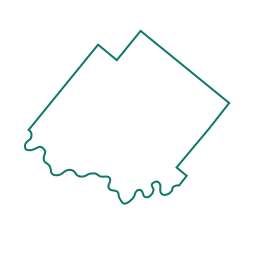 Burt, Nebraska, United States of America (Robinson projection), rotated 129°
{"feature_id": "52423323B77743332885702", "entity_name": "Burt", "entity_type": "district", "adm_level": 2, "iso_a3": "USA", "parent_name": "United States of America", "parent_adm1": "Nebraska", "projection": "robinson", "projection_center": [-96.168, 41.865], "detail": "fine", "context": "isolated", "style": "outline", "palette": "teal", "viewbox_px": 256, "rotation_deg": 129, "n_neighbors": 0, "source": "geoboundaries", "source_scale": "gbopen_adm2", "svg_char_len": 1731}
<svg xmlns="http://www.w3.org/2000/svg" viewBox="0 0 256 256"><g transform="rotate(129 128 128)"><path d="M82.1,203.7L192.0,204.0L192.1,201.7L192.5,200.6L193.3,199.3L195.3,197.8L197.6,196.9L202.6,197.9L205.4,197.6L207.6,196.2L208.5,194.8L208.8,194.0L208.7,193.2L208.4,192.4L207.8,191.3L206.3,189.4L203.6,187.6L198.5,185.2L197.5,183.7L197.2,182.4L197.2,181.1L197.8,178.4L198.4,177.5L200.2,176.4L202.2,175.8L204.6,174.6L206.2,172.7L206.8,171.2L206.5,167.1L207.0,164.4L208.5,162.3L210.8,159.8L211.4,158.1L211.3,156.7L210.5,154.9L209.7,153.7L207.7,151.9L205.8,150.9L201.5,149.8L200.0,149.2L198.1,148.0L196.8,146.5L196.2,145.3L195.7,143.4L195.7,142.3L196.7,138.3L196.6,136.6L195.9,134.8L194.6,133.0L193.9,132.3L191.5,130.7L189.0,129.8L187.4,128.8L186.1,127.5L185.1,126.4L184.2,125.2L183.7,123.9L183.5,122.8L183.3,119.8L182.8,118.4L181.6,116.8L179.6,114.6L178.4,112.7L178.3,111.1L178.7,110.1L179.3,109.3L180.9,108.3L185.0,107.0L185.9,106.4L186.9,104.8L187.1,103.6L186.9,102.1L184.6,97.9L184.2,96.1L184.5,94.9L184.9,94.3L187.3,91.7L188.0,90.2L189.4,86.3L189.5,84.4L189.3,83.6L188.3,82.3L185.3,80.9L180.1,80.0L178.7,80.0L176.2,80.5L174.2,81.4L173.1,81.6L170.7,81.5L170.0,81.2L168.6,79.8L168.3,79.2L168.1,78.2L168.9,76.2L170.5,73.6L170.9,72.7L171.0,71.8L170.6,70.7L169.4,69.1L167.2,68.1L163.3,67.9L160.2,69.0L159.4,70.1L158.0,72.8L157.3,73.7L156.7,74.0L155.3,74.1L153.0,73.2L151.6,72.0L151.1,71.4L151.0,70.5L151.1,68.9L152.2,66.6L155.9,64.0L157.4,62.3L158.0,60.8L157.9,59.4L157.3,57.8L156.7,57.1L154.5,55.4L152.3,54.6L149.5,54.4L146.9,55.3L146.3,55.9L144.6,55.5L143.7,55.1L142.1,54.1L141.1,53.0L140.6,52.1L128.2,52.3L128.1,65.4L77.0,64.6L44.9,65.1L44.6,179.3L82.3,179.4L82.1,203.7Z" fill="none" stroke="#0f766e" stroke-width="2"/></g></svg>